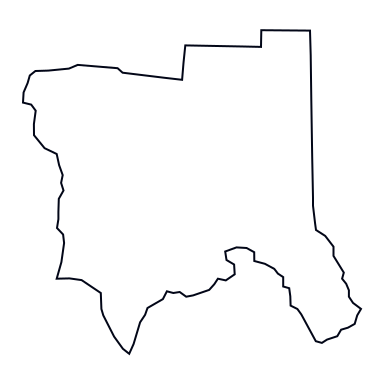 Paverama, Rio Grande do Sul, Brazil
{"feature_id": "56859067B40983715015360", "entity_name": "Paverama", "entity_type": "district", "adm_level": 2, "iso_a3": "BRA", "parent_name": "Brazil", "parent_adm1": "Rio Grande do Sul", "projection": "mercator", "projection_center": [-51.725, -29.575], "detail": "fine", "context": "isolated", "style": "outline", "palette": "ink", "viewbox_px": 384, "rotation_deg": 0, "n_neighbors": 0, "source": "geoboundaries", "source_scale": "gbopen_adm2", "svg_char_len": 1304}
<svg xmlns="http://www.w3.org/2000/svg" viewBox="0 0 384 384"><path d="M261.3,30.2L261.0,46.9L243.2,46.5L185.3,45.4L183.5,62.9L182.1,79.8L164.6,77.8L122.6,72.7L117.6,68.2L77.7,64.9L68.9,68.6L48.2,70.6L35.4,71.0L29.8,75.5L27.6,83.1L23.6,92.4L23.0,102.6L31.2,104.6L35.7,110.7L33.9,124.1L34.0,135.2L44.6,148.2L56.7,154.0L59.1,165.1L62.7,175.1L61.1,182.9L63.5,190.5L58.8,198.8L58.4,212.0L58.4,219.2L57.0,228.0L63.1,234.5L64.1,243.0L61.4,262.1L56.7,278.7L69.5,278.4L81.6,280.1L100.8,293.0L101.4,309.0L103.3,315.4L114.1,336.6L122.9,348.8L129.2,353.8L133.6,344.0L140.1,322.3L145.1,314.8L147.5,308.0L162.9,299.1L166.9,291.3L173.3,293.0L179.7,292.0L186.2,296.7L193.1,295.4L209.2,289.9L214.3,284.2L217.9,278.7L225.8,280.4L234.7,274.3L234.1,264.5L226.5,260.0L225.2,251.5L236.5,247.4L246.6,248.0L254.2,252.2L254.3,261.0L264.9,263.8L274.3,268.9L277.9,273.6L283.2,277.1L283.2,286.5L289.2,288.2L290.3,296.3L290.6,305.6L297.4,309.0L301.3,314.4L315.8,341.2L321.9,342.9L327.0,339.6L337.3,336.2L341.1,329.7L347.9,327.7L354.7,323.9L357.2,315.4L361.0,308.9L353.0,302.9L348.9,296.7L348.9,290.3L346.2,283.8L342.1,278.7L343.8,272.6L333.5,255.9L333.5,246.7L325.2,235.9L316.0,230.0L315.1,223.5L313.0,205.7L313.0,197.8L312.2,157.3L311.3,100.0L310.7,55.1L310.0,30.6L261.3,30.2Z" fill="none" stroke="#020617" stroke-width="2"/></svg>